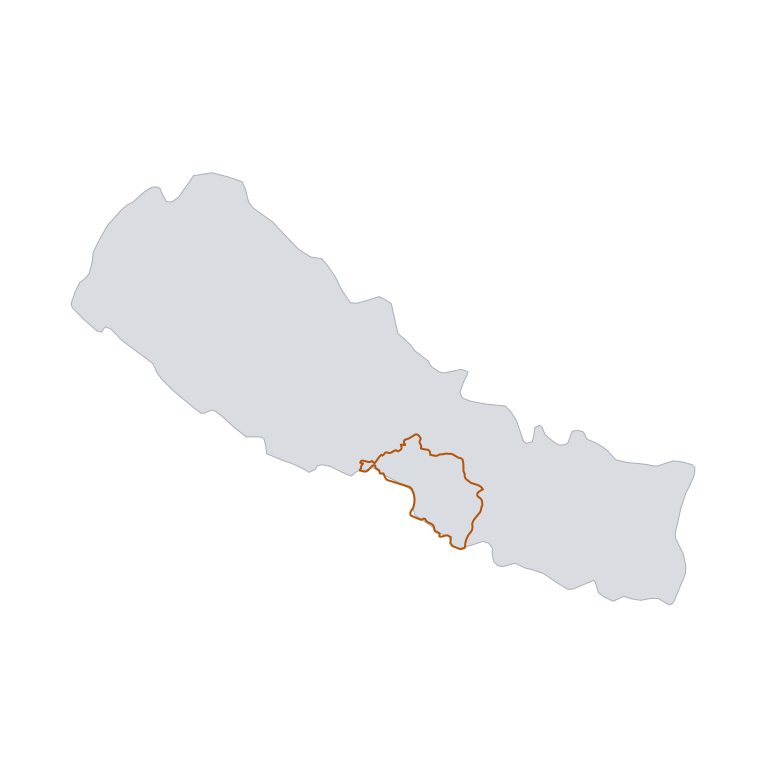 Nepal, with Narayani highlighted, rotated 6°
{"feature_id": "NPL-1132", "entity_name": "Narayani", "entity_type": "Administrative Zone", "adm_level": 1, "iso_a3": "NPL", "parent_name": "Nepal", "parent_adm1": "", "projection": "natural_earth1", "projection_center": [84.782, 27.311], "detail": "fine", "context": "in_parent", "style": "outline", "palette": "amber", "viewbox_px": 768, "rotation_deg": 6, "n_neighbors": 0, "source": "natural_earth", "source_scale": "10m", "svg_char_len": 5214}
<svg xmlns="http://www.w3.org/2000/svg" viewBox="0 0 768 768"><g transform="rotate(6 384 384)"><path d="M698.7,432.0L701.9,434.6L702.2,438.9L701.7,443.6L698.5,453.8L695.6,460.9L692.3,476.1L689.3,502.3L690.0,506.8L699.5,521.9L703.2,533.4L703.6,541.3L699.7,554.5L695.4,569.4L693.2,572.7L690.7,573.9L679.1,568.7L671.1,569.5L662.0,572.3L652.5,571.8L644.6,570.1L634.7,576.1L625.1,572.8L619.0,569.1L614.8,558.8L613.1,557.4L593.1,568.3L588.2,568.9L575.7,563.1L565.5,557.4L561.6,555.6L551.8,553.4L542.9,552.1L533.2,548.5L521.2,553.2L516.4,552.8L511.9,549.4L509.5,542.5L508.9,535.9L504.8,531.4L498.5,530.3L489.6,534.4L476.7,539.7L472.5,538.9L468.7,537.3L467.3,535.9L465.5,529.7L463.5,528.3L460.4,528.1L455.1,526.6L448.6,522.0L428.7,511.1L426.2,506.3L426.3,495.6L425.1,491.2L422.7,486.6L412.5,481.8L392.7,474.2L381.8,468.2L376.5,471.0L366.5,473.6L361.0,479.0L354.6,477.3L339.2,471.5L330.9,470.7L325.9,472.6L324.8,475.9L318.5,479.7L312.5,476.7L300.7,472.7L290.3,470.4L274.6,465.6L272.9,458.1L270.3,450.8L266.5,449.5L252.4,451.0L239.6,442.9L225.8,432.6L219.9,429.2L216.0,427.9L212.7,429.3L208.8,431.6L205.3,432.3L197.8,427.9L188.3,421.5L176.6,413.7L162.9,402.9L157.2,396.7L154.7,392.1L151.8,387.7L139.9,380.6L130.4,375.0L119.1,368.2L117.1,366.8L112.9,362.8L106.3,357.7L100.9,356.2L99.1,359.0L97.7,362.0L93.0,361.3L85.7,356.1L78.0,350.7L72.0,345.6L65.9,340.5L64.4,336.7L67.1,324.8L70.8,314.7L73.9,312.4L79.0,305.7L80.9,294.0L81.0,283.9L86.0,269.7L92.8,254.6L104.5,238.5L109.6,233.1L115.2,229.4L126.0,217.5L128.2,215.6L132.9,212.5L137.5,211.7L140.9,213.2L144.4,219.5L148.6,225.4L153.9,225.1L160.0,220.0L172.9,196.7L190.6,191.9L207.2,194.3L221.9,197.7L226.2,205.5L229.0,213.7L230.8,217.9L235.7,222.8L256.4,234.5L268.4,245.0L285.1,259.1L297.6,265.3L308.7,265.9L314.9,271.4L324.3,282.4L332.2,295.1L342.2,306.8L349.0,306.4L358.4,302.6L369.9,297.6L376.6,300.1L382.8,303.3L384.9,309.4L388.6,320.8L392.8,332.7L399.4,336.9L407.1,343.0L411.4,347.9L426.0,356.8L428.0,360.4L431.0,362.9L434.5,364.4L437.5,366.2L442.1,366.9L458.9,361.5L463.4,362.2L466.0,363.2L466.1,365.1L463.0,373.5L460.4,384.2L463.1,389.5L470.2,391.8L485.8,393.3L506.9,393.2L513.3,398.6L519.7,406.8L526.1,420.7L528.7,426.5L531.9,428.2L537.4,425.9L538.3,420.2L538.5,411.7L543.1,408.8L546.0,410.9L549.5,417.6L558.2,423.5L564.5,426.5L570.5,425.4L573.1,423.2L576.0,411.5L580.7,409.8L586.7,410.6L589.0,412.9L591.4,417.6L598.7,419.8L605.9,422.7L612.7,426.5L622.3,435.1L634.1,436.7L647.8,436.5L655.0,436.7L660.3,437.3L665.0,436.7L679.0,430.5L684.8,430.1L691.9,430.8L698.7,432.0Z" fill="#d9dde1" stroke="#a8b0b8" stroke-width="1"/><path d="M481.6,537.9L481.5,538.2L480.2,539.2L477.5,540.1L476.3,540.1L469.0,538.0L466.6,535.4L466.6,532.1L466.3,529.3L463.2,527.9L461.5,528.1L457.0,529.9L455.0,529.8L454.9,528.5L455.0,527.0L453.6,526.3L452.6,526.1L451.6,525.8L449.8,524.8L449.1,523.1L448.7,521.1L447.5,519.3L445.8,518.2L441.8,516.8L440.0,515.5L439.9,515.5L439.1,514.0L437.9,513.7L436.6,514.2L435.5,515.1L434.6,515.1L425.1,512.3L424.1,511.6L423.6,509.5L424.3,507.3L425.4,505.2L426.2,503.1L426.6,499.3L426.5,495.6L425.7,492.1L424.4,488.6L422.4,485.4L420.1,483.7L397.4,479.2L395.7,478.0L394.2,475.7L393.4,473.9L392.4,473.0L390.0,473.5L389.2,473.2L388.4,470.9L387.7,470.0L385.8,469.2L384.9,468.7L384.2,467.8L383.8,466.1L382.4,465.8L380.9,466.5L376.9,471.8L375.2,473.0L372.7,473.1L369.5,472.5L368.5,472.1L368.4,472.2L368.5,472.1L369.7,471.0L370.0,470.0L369.9,468.9L369.9,467.8L370.5,466.7L371.4,465.6L371.1,465.1L369.5,465.1L368.7,464.8L368.7,464.0L369.1,463.2L369.8,462.5L370.4,462.4L371.4,462.4L376.7,463.2L378.5,463.0L380.0,461.8L382.7,463.8L383.7,462.7L386.9,456.9L388.7,454.7L390.0,455.3L391.0,454.4L392.5,452.1L393.5,451.7L394.3,451.7L395.3,452.0L396.6,452.1L398.7,451.3L400.7,449.6L402.7,448.6L404.9,449.5L407.1,448.0L407.9,447.0L408.2,445.6L407.9,444.4L407.2,442.7L408.3,442.3L411.0,442.7L411.3,442.4L411.2,441.8L410.9,441.4L410.6,441.1L410.2,440.4L409.9,439.5L410.1,438.0L410.7,437.3L414.3,435.6L418.5,432.5L420.1,431.1L420.6,430.9L421.3,430.7L422.2,430.8L423.0,431.1L423.6,431.5L424.4,432.0L425.3,433.2L426.3,434.8L426.1,435.4L425.6,436.6L425.5,437.1L425.4,437.6L425.5,438.3L425.8,439.0L426.4,440.0L427.4,441.5L427.6,442.3L427.7,442.8L427.3,443.5L427.4,444.0L427.7,444.4L429.0,444.6L434.8,444.9L435.6,445.3L436.2,446.0L436.6,446.5L437.5,449.6L442.5,450.1L443.5,450.0L444.7,449.6L446.4,448.4L448.2,447.9L449.9,447.8L452.0,447.0L452.9,446.8L458.3,446.5L459.4,446.7L460.7,447.2L464.8,449.2L468.6,450.0L469.4,450.4L469.9,450.9L470.3,451.6L471.3,455.2L472.0,461.1L472.1,462.2L472.4,462.8L472.7,463.4L473.1,464.0L473.4,464.5L473.6,465.1L473.9,467.3L474.2,468.3L475.0,469.3L476.1,470.4L481.1,473.4L484.5,474.0L487.0,474.5L489.4,475.2L491.4,476.3L493.3,478.4L489.6,481.2L488.4,482.8L488.3,483.5L488.3,484.4L488.5,485.2L488.9,485.8L489.6,486.4L491.5,487.5L492.2,488.0L492.6,488.4L493.0,488.9L493.5,489.8L493.9,491.1L494.3,493.3L494.4,494.4L494.3,495.2L494.0,495.6L493.9,496.1L493.8,496.8L493.5,499.3L493.0,501.4L488.0,508.9L486.9,511.2L486.6,512.3L486.4,513.4L486.4,514.1L486.6,515.0L486.7,515.5L486.9,516.4L487.0,517.6L486.9,519.3L486.6,520.4L486.2,521.4L483.6,525.6L482.4,529.0L481.7,532.1L481.5,534.0L481.6,537.9L481.6,537.9Z" fill="none" stroke="#b45309" stroke-width="2"/></g></svg>